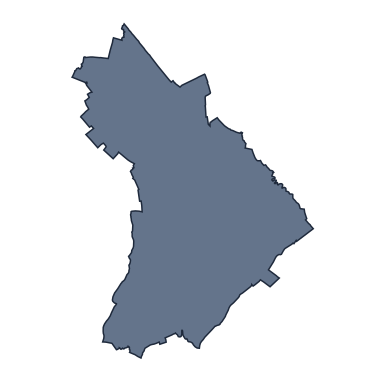 Arinis, Maramures, Romania (Mercator projection), rotated 271°
{"feature_id": "2599482B66299087407195", "entity_name": "Arinis", "entity_type": "district", "adm_level": 2, "iso_a3": "ROU", "parent_name": "Romania", "parent_adm1": "Maramures", "projection": "mercator", "projection_center": [23.212, 47.499], "detail": "fine", "context": "isolated", "style": "filled", "palette": "slate", "viewbox_px": 384, "rotation_deg": 271, "n_neighbors": 0, "source": "geoboundaries", "source_scale": "gbopen_adm2", "svg_char_len": 5964}
<svg xmlns="http://www.w3.org/2000/svg" viewBox="0 0 384 384"><g transform="rotate(271 192 192)"><path d="M341.8,136.0L343.8,134.0L347.6,130.8L349.1,129.3L351.0,127.9L352.8,126.1L354.0,125.4L358.9,121.2L357.6,120.6L357.2,120.3L357.0,119.7L356.6,119.5L355.4,119.4L354.7,118.9L354.2,118.8L353.6,119.1L353.4,120.4L353.2,120.7L352.9,120.8L352.2,120.6L351.7,120.8L351.1,121.9L350.5,121.8L350.1,121.0L349.8,120.9L349.2,120.9L348.3,121.3L347.4,121.0L345.6,121.3L345.4,120.8L345.5,120.1L344.7,119.3L343.7,119.1L342.5,119.3L344.8,110.8L342.5,110.2L340.2,109.9L332.5,107.8L324.0,105.9L324.6,99.6L324.8,98.5L324.7,97.3L325.1,91.7L325.2,91.2L325.2,88.2L324.6,83.2L325.1,82.9L325.2,82.4L324.8,81.5L320.0,80.9L318.5,80.1L318.2,79.8L318.0,79.2L317.8,79.1L317.2,79.5L316.3,79.4L316.0,79.9L315.7,80.0L315.0,79.1L314.5,79.1L313.2,78.3L313.1,78.0L313.1,77.5L314.1,76.4L314.1,76.2L313.6,76.0L313.5,74.9L313.3,74.6L311.3,73.5L311.2,72.8L310.1,72.6L305.7,70.7L304.7,70.1L299.8,83.0L298.6,84.0L299.8,84.3L300.0,84.5L299.9,85.0L298.8,85.1L297.5,84.5L296.7,84.9L290.1,90.2L289.4,88.1L287.9,85.8L284.8,87.6L282.4,85.1L281.2,83.3L277.0,84.9L274.8,86.4L273.0,87.3L270.5,84.3L269.0,83.0L266.0,79.9L265.1,79.4L263.2,81.3L255.0,88.4L256.3,90.2L253.8,92.5L247.6,84.9L241.9,90.4L234.6,97.0L237.6,99.9L238.9,101.8L239.3,102.6L236.9,104.8L236.0,105.3L235.4,105.2L232.4,103.0L223.9,112.6L229.0,117.1L230.6,117.9L223.0,127.3L221.4,129.8L219.3,133.9L217.4,132.8L215.2,133.5L214.9,133.1L214.9,132.2L213.9,132.4L213.6,132.2L213.2,131.8L212.8,130.9L211.4,130.1L210.3,130.9L208.1,131.7L205.7,133.1L204.6,132.5L203.0,134.5L193.7,138.8L193.0,138.0L184.3,139.4L181.9,139.8L182.0,141.3L177.7,142.0L171.3,142.5L171.9,139.5L172.1,135.7L171.7,132.1L171.2,131.4L169.7,131.4L168.3,131.0L166.8,131.2L166.2,131.5L165.3,131.4L164.3,131.7L162.3,131.9L157.9,133.4L151.9,133.2L151.1,132.6L150.8,132.5L149.4,132.9L146.7,132.9L145.7,133.2L143.1,134.4L141.6,134.6L136.6,134.5L135.0,134.1L132.5,132.8L130.4,132.6L127.2,130.4L126.6,129.7L124.3,130.7L123.6,131.5L122.4,131.7L120.2,131.4L118.5,130.8L117.8,130.2L114.4,130.8L112.1,130.3L111.1,130.3L109.8,129.8L108.2,128.4L103.2,126.3L101.8,125.0L101.1,123.9L100.0,123.3L99.3,122.6L94.1,119.5L89.7,116.4L85.8,114.8L82.6,114.3L81.5,114.6L79.7,116.4L79.0,118.4L78.8,118.5L77.8,117.9L75.8,116.3L69.6,113.5L66.7,112.4L63.6,110.5L61.4,108.7L58.6,106.9L56.5,106.0L55.0,105.6L51.3,105.6L49.2,105.8L47.0,106.5L45.5,106.5L43.9,106.3L40.5,105.3L40.4,108.5L39.3,114.6L33.0,119.2L33.2,119.9L34.4,122.0L35.1,122.0L34.9,122.4L33.7,123.4L33.5,123.8L33.9,124.4L34.1,125.1L34.6,125.4L33.9,126.5L34.2,127.1L34.8,127.6L35.3,129.5L35.8,130.0L35.8,130.8L36.4,130.9L36.6,130.9L36.5,131.1L35.9,131.6L35.9,131.9L35.6,132.1L33.3,132.2L33.1,132.6L32.8,132.7L31.0,132.7L30.6,132.4L30.4,132.7L28.3,138.0L26.7,140.5L25.1,143.9L26.9,144.4L28.7,145.3L30.2,145.4L32.2,146.8L34.5,147.5L35.0,147.8L38.4,153.1L39.1,155.7L39.2,156.5L40.1,159.0L41.4,161.8L39.2,162.5L41.4,168.8L43.8,168.4L45.7,167.7L48.8,174.5L49.9,176.3L49.9,176.9L50.7,177.9L49.9,178.6L49.0,179.9L47.2,180.8L46.9,181.9L47.1,183.2L47.8,183.8L49.7,184.3L52.9,184.2L53.5,184.3L53.5,184.7L52.9,185.0L49.5,185.3L48.1,185.8L45.4,187.5L45.1,187.8L44.8,188.5L44.9,189.2L45.1,189.4L44.4,189.9L43.1,190.3L42.3,191.0L42.0,193.3L40.9,195.1L39.3,196.0L37.3,197.8L36.1,199.8L35.9,202.1L38.7,202.4L40.9,203.0L42.6,204.0L44.7,205.8L47.0,207.3L54.4,214.1L58.2,217.4L58.2,217.8L59.0,219.3L59.6,221.4L60.2,222.3L60.9,222.4L63.2,224.4L68.1,227.5L69.7,228.0L74.5,230.3L76.7,231.0L78.3,231.8L79.6,232.8L82.0,235.5L87.4,240.4L88.4,241.0L90.0,241.6L90.5,242.1L91.9,244.3L98.1,251.9L98.8,252.6L100.1,253.4L100.4,253.4L99.0,254.7L100.3,256.5L103.8,260.7L105.4,261.9L103.9,264.2L103.8,264.5L98.6,271.7L107.5,280.8L108.8,278.8L109.7,277.9L115.5,269.8L123.5,274.6L127.3,276.4L129.0,277.4L130.1,278.5L131.0,280.0L130.9,281.5L131.3,282.5L134.4,284.1L136.5,285.4L137.2,286.1L141.6,292.8L142.7,293.9L142.1,294.8L145.4,297.0L144.5,297.5L157.4,313.9L160.2,311.4L161.3,310.7L162.6,309.1L166.1,306.0L167.1,307.0L167.6,307.2L168.3,306.8L173.6,305.0L176.8,304.5L177.1,301.6L177.2,300.9L177.5,300.4L180.5,299.5L181.5,299.0L182.3,298.3L183.4,296.6L184.8,295.6L187.2,293.2L188.3,292.9L191.3,292.8L191.6,292.3L191.8,289.7L192.2,289.2L193.0,289.1L193.7,288.5L194.1,287.7L194.3,286.6L194.5,286.0L197.0,285.8L197.3,285.7L197.9,285.0L198.3,283.8L197.5,282.5L197.5,282.0L198.1,281.9L200.6,282.6L201.6,281.9L201.8,281.5L201.9,280.8L201.8,280.0L201.4,278.8L200.7,278.2L200.7,277.6L201.1,277.3L202.5,277.3L202.8,277.2L203.0,276.9L202.7,276.2L201.8,274.9L202.4,274.3L204.6,276.1L205.2,276.0L205.4,275.5L205.5,274.1L204.5,273.0L204.4,272.6L205.2,271.8L205.7,271.7L206.4,272.1L206.8,273.9L207.3,274.8L208.1,274.6L208.4,274.2L209.3,271.6L209.9,271.6L211.6,272.5L212.6,272.3L212.6,272.8L213.0,273.4L214.1,272.6L214.6,271.9L214.9,270.8L215.0,269.9L215.3,269.4L216.7,268.3L218.5,266.4L219.4,265.9L220.4,265.1L220.3,264.5L219.9,263.4L222.0,261.4L224.7,259.9L224.4,259.0L224.4,257.2L224.6,256.6L225.3,255.8L226.9,254.7L227.8,254.2L232.4,252.3L235.6,251.2L236.9,244.4L238.1,244.7L239.7,244.7L241.3,245.1L242.7,243.8L244.1,243.2L245.0,241.9L246.1,241.6L247.3,241.6L248.1,241.2L248.8,241.4L249.1,241.0L251.3,240.8L251.4,241.2L252.1,241.4L252.7,240.1L251.8,239.7L252.0,239.1L251.6,238.8L251.7,238.4L252.5,235.5L254.2,231.6L254.6,229.8L255.4,229.2L255.6,228.3L256.3,226.9L258.8,223.3L264.4,217.7L266.7,215.9L263.4,210.9L262.5,210.1L262.1,209.1L261.0,208.7L258.3,208.8L260.0,207.1L267.4,205.9L267.2,204.7L278.3,203.8L278.4,203.6L279.3,204.0L286.8,203.5L288.0,203.8L288.9,205.2L289.2,206.0L290.7,208.2L291.0,208.5L291.6,208.7L298.8,206.6L301.5,205.4L301.8,205.8L302.6,205.7L309.5,203.0L310.0,202.5L307.2,196.8L305.8,194.4L298.5,180.0L296.7,178.2L299.7,174.0L300.4,173.3L300.7,172.8L301.1,172.8L301.7,171.9L302.9,171.2L303.0,171.1L301.5,169.3L303.8,167.1L317.4,155.6L326.2,148.6L328.1,147.3L329.3,145.9L332.9,142.8L334.8,141.5L340.1,136.9L341.8,136.0Z" fill="#64748b" stroke="#1e293b" stroke-width="1.5"/></g></svg>